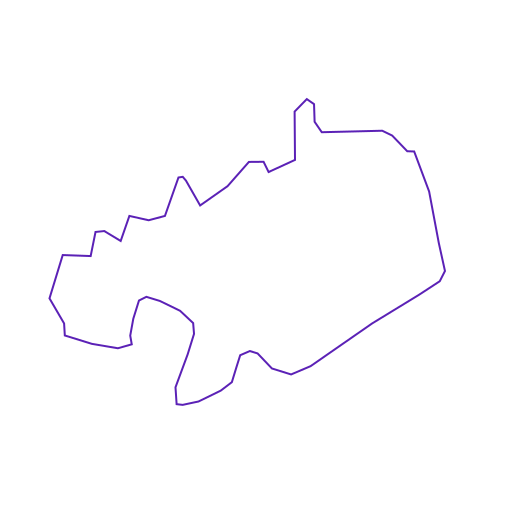 the border of North Lanarkshire, rotated 287°
{"feature_id": "GBR-2007", "entity_name": "North Lanarkshire", "entity_type": "Unitary District", "adm_level": 1, "iso_a3": "GBR", "parent_name": "United Kingdom", "parent_adm1": "", "projection": "albers", "projection_center": [-3.971, 55.879], "detail": "fine", "context": "isolated", "style": "outline", "palette": "violet", "viewbox_px": 512, "rotation_deg": 287, "n_neighbors": 0, "source": "natural_earth", "source_scale": "10m", "svg_char_len": 923}
<svg xmlns="http://www.w3.org/2000/svg" viewBox="0 0 512 512"><g transform="rotate(287 256 256)"><path d="M200.4,70.9L205.0,88.1L207.6,97.9L232.1,95.5L235.5,103.6L230.8,122.2L257.3,123.2L258.8,142.9L267.7,157.2L308.4,158.9L310.3,162.8L307.6,167.0L288.0,187.8L314.5,208.4L343.9,221.7L348.3,235.7L340.0,243.5L359.3,265.2L405.4,250.7L420.9,258.7L418.2,267.1L401.5,272.8L393.6,282.7L412.7,340.1L411.0,351.0L400.4,370.0L402.2,376.7L368.3,402.7L321.9,427.0L296.9,441.1L285.6,439.1L266.3,423.0L225.5,386.8L166.6,340.4L153.0,324.2L153.0,321.7L153.1,304.1L163.3,286.0L163.3,277.9L156.5,269.9L144.1,269.8L128.3,269.8L117.0,261.7L100.0,243.5L98.2,240.2L92.2,229.4L91.1,223.4L106.9,217.4L141.9,219.4L163.4,219.5L173.5,215.5L181.4,199.4L184.9,177.2L184.9,163.1L179.2,157.1L160.1,157.0L143.1,159.0L135.2,163.0L127.4,150.9L124.0,124.7L124.1,96.4L135.4,92.2L155.1,70.9L200.4,70.9Z" fill="none" stroke="#5b21b6" stroke-width="2"/></g></svg>